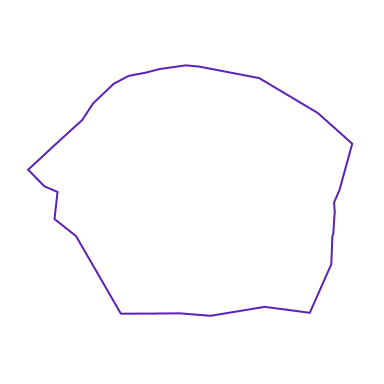 Cogt-Ovoo, Ömnögovi, Mongolia, rotated 177°
{"feature_id": "93677404B91426853528809", "entity_name": "Cogt-Ovoo", "entity_type": "district", "adm_level": 2, "iso_a3": "MNG", "parent_name": "Mongolia", "parent_adm1": "Ömnögovi", "projection": "orthographic", "projection_center": [105.361, 44.337], "detail": "fine", "context": "isolated", "style": "outline", "palette": "violet", "viewbox_px": 384, "rotation_deg": 177, "n_neighbors": 0, "source": "geoboundaries", "source_scale": "gbopen_adm2", "svg_char_len": 878}
<svg xmlns="http://www.w3.org/2000/svg" viewBox="0 0 384 384"><g transform="rotate(177 192 192)"><path d="M354.5,222.9L339.2,205.4L326.3,199.1L330.7,172.2L310.1,154.0L269.4,74.2L234.6,72.5L233.6,72.5L210.9,71.5L179.9,67.4L125.5,73.5L80.7,65.2L56.7,112.5L55.2,128.5L54.3,139.4L53.0,143.5L51.2,159.2L50.5,164.2L50.7,174.1L44.6,186.3L30.5,228.7L29.5,231.8L40.4,242.7L62.4,264.4L118.9,302.2L178.4,316.9L191.6,318.8L217.7,316.5L232.0,313.6L249.1,311.3L264.5,304.2L286.1,285.7L298.1,269.3L300.0,267.9L301.6,266.6L304.4,264.4L305.4,263.5L310.3,259.5L312.4,257.7L315.7,255.0L316.0,254.7L317.5,253.6L321.4,250.4L322.3,249.6L324.8,247.5L327.1,245.7L328.2,244.8L329.9,243.4L330.7,242.7L332.7,241.0L333.7,240.2L336.0,238.2L338.4,236.2L339.5,235.4L341.3,233.8L343.6,231.9L346.1,229.8L347.6,228.6L349.7,226.8L351.6,225.2L354.5,222.9Z" fill="none" stroke="#5b21b6" stroke-width="2"/></g></svg>